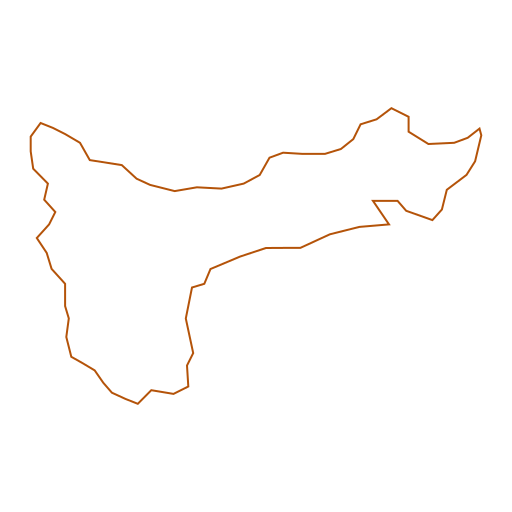 Palaiometocho, Nicosia, Cyprus
{"feature_id": "46923920B18334811709617", "entity_name": "Palaiometocho", "entity_type": "district", "adm_level": 2, "iso_a3": "CYP", "parent_name": "Cyprus", "parent_adm1": "Nicosia", "projection": "albers", "projection_center": [33.213, 35.123], "detail": "fine", "context": "isolated", "style": "outline", "palette": "amber", "viewbox_px": 512, "rotation_deg": 0, "n_neighbors": 0, "source": "geoboundaries", "source_scale": "gbopen_adm2", "svg_char_len": 1028}
<svg xmlns="http://www.w3.org/2000/svg" viewBox="0 0 512 512"><path d="M479.5,128.6L467.7,137.8L454.2,142.8L428.4,144.0L408.6,131.7L408.6,116.8L391.4,108.2L376.6,119.3L360.6,124.3L353.3,139.1L340.9,149.0L324.9,153.9L302.8,153.9L283.1,152.7L269.5,157.7L259.7,175.0L243.7,183.6L221.5,188.6L196.9,187.3L174.7,191.1L150.1,184.9L136.6,178.7L121.8,165.1L89.8,160.1L80.0,142.8L65.2,134.1L52.9,127.9L40.6,123.0L30.7,136.6L30.7,151.4L33.2,168.7L47.9,183.6L44.2,199.7L55.3,212.0L49.1,224.4L43.6,230.5L36.8,238.0L46.7,252.9L51.6,268.9L65.1,283.8L65.1,306.1L68.8,318.4L66.3,337.0L71.3,356.8L82.3,363.0L94.7,370.4L103.3,382.8L111.9,392.7L125.4,398.9L137.8,403.8L151.3,390.2L173.5,393.9L188.3,386.5L187.0,365.5L193.2,353.1L185.8,318.5L192.0,287.5L204.3,283.8L210.5,269.0L240.0,256.6L265.9,248.0L283.1,247.9L300.3,247.9L316.4,240.5L329.9,234.3L359.4,226.9L389.0,224.4L373.0,200.9L397.6,200.9L406.2,210.8L432.4,220.1L441.9,209.5L446.8,189.8L466.5,174.9L475.1,161.3L481.3,135.3L479.5,128.6Z" fill="none" stroke="#b45309" stroke-width="2"/></svg>